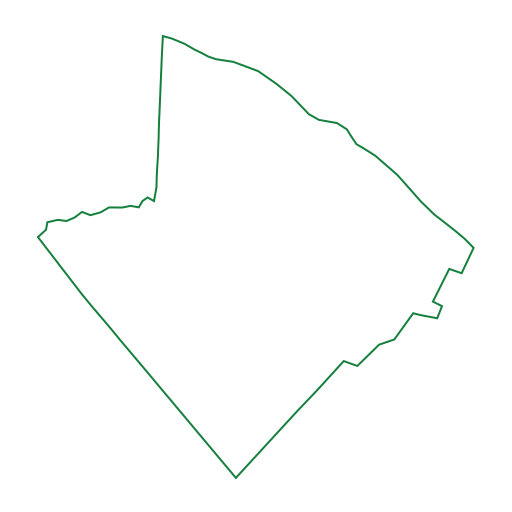 outline of Chuí, Rio Grande do Sul, Brazil, rotated 89°
{"feature_id": "56859067B65992247810501", "entity_name": "Chuí", "entity_type": "district", "adm_level": 2, "iso_a3": "BRA", "parent_name": "Brazil", "parent_adm1": "Rio Grande do Sul", "projection": "orthographic", "projection_center": [-53.439, -33.652], "detail": "fine", "context": "isolated", "style": "outline", "palette": "green", "viewbox_px": 512, "rotation_deg": 89, "n_neighbors": 0, "source": "geoboundaries", "source_scale": "gbopen_adm2", "svg_char_len": 1085}
<svg xmlns="http://www.w3.org/2000/svg" viewBox="0 0 512 512"><g transform="rotate(89 256 256)"><path d="M233.3,473.7L291.4,430.6L303.6,420.9L321.2,406.4L326.4,402.2L338.5,392.6L366.6,369.7L477.5,280.0L411.6,217.3L392.0,197.9L362.6,170.1L367.7,156.6L346.8,134.5L341.9,119.2L316.0,99.8L318.1,91.9L321.4,75.9L309.4,70.9L304.7,79.9L272.3,63.0L276.8,50.7L251.7,38.3L242.6,46.9L235.4,55.1L225.5,67.2L217.4,77.3L212.1,82.5L204.6,90.0L190.3,102.2L177.8,112.9L173.1,118.0L167.7,124.0L157.9,134.9L149.8,147.2L146.0,153.6L136.6,159.6L131.0,162.9L124.5,172.7L121.0,190.7L115.1,200.7L96.7,217.7L84.3,232.5L71.2,250.6L68.7,256.9L61.5,275.3L58.5,292.7L55.7,300.4L52.3,306.4L48.5,314.0L42.6,323.7L37.0,336.7L34.5,345.3L56.9,346.8L95.9,349.1L112.4,350.1L118.2,350.5L128.6,351.0L136.5,351.3L142.9,351.7L155.6,352.4L169.3,353.5L175.7,353.9L185.4,354.3L199.3,357.0L195.6,363.4L199.1,368.6L205.3,372.3L203.7,380.6L205.2,388.8L204.9,402.2L209.6,410.5L212.3,420.8L208.9,429.2L214.3,436.6L217.7,444.9L216.4,453.5L218.6,464.0L226.1,465.5L233.3,473.7Z" fill="none" stroke="#15803d" stroke-width="2"/></g></svg>